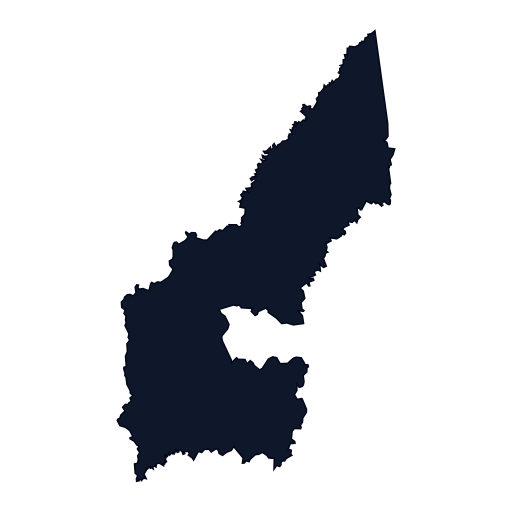 the district of Bu Gia Map, Bình Phước, Vietnam
{"feature_id": "81297802B78542366840504", "entity_name": "Bu Gia Map", "entity_type": "district", "adm_level": 2, "iso_a3": "VNM", "parent_name": "Vietnam", "parent_adm1": "Bình Phước", "projection": "natural_earth1", "projection_center": [106.995, 11.949], "detail": "fine", "context": "isolated", "style": "filled", "palette": "ink", "viewbox_px": 512, "rotation_deg": 0, "n_neighbors": 0, "source": "geoboundaries", "source_scale": "gbopen_adm2", "svg_char_len": 6089}
<svg xmlns="http://www.w3.org/2000/svg" viewBox="0 0 512 512"><path d="M304.5,363.3L301.3,357.8L296.2,357.2L293.3,358.2L287.6,363.4L280.0,363.6L276.7,357.7L272.7,356.8L268.3,359.1L262.2,368.5L259.6,369.9L254.2,365.5L253.2,363.1L250.3,360.6L247.0,363.7L245.0,359.5L238.1,359.3L236.6,357.7L231.5,362.7L231.2,359.8L222.6,341.5L221.8,338.1L221.9,335.9L227.7,328.8L229.0,324.5L225.0,316.2L221.0,313.4L219.2,309.3L233.5,305.0L236.8,305.8L239.3,305.0L241.4,307.8L252.2,308.4L251.2,311.4L255.1,315.5L257.3,314.4L258.3,311.5L266.5,307.8L266.4,308.8L268.2,310.2L268.2,312.3L276.5,318.2L281.7,323.6L286.8,322.9L293.3,324.9L303.6,323.5L302.4,315.7L298.2,310.7L303.4,311.3L304.0,310.5L302.0,309.2L301.1,302.5L304.8,298.5L303.2,291.0L301.0,289.1L300.6,287.5L306.6,282.8L308.8,286.0L309.8,285.9L308.8,282.2L313.8,280.3L313.1,278.3L309.8,278.9L309.0,277.8L315.4,275.0L314.2,272.1L315.2,270.9L318.0,269.9L320.4,271.1L319.6,264.4L323.6,267.4L326.3,266.2L323.3,258.3L324.9,256.2L325.5,253.1L327.8,252.1L326.1,250.9L327.0,247.5L326.0,243.7L331.1,240.9L329.8,237.8L336.8,238.8L341.1,236.0L342.0,234.1L344.5,234.7L345.5,233.1L345.2,231.2L342.5,229.6L344.0,227.4L349.1,225.0L348.1,222.5L348.7,221.6L352.1,222.4L354.6,220.2L356.8,222.8L357.8,219.5L360.3,217.2L357.9,214.9L357.2,208.6L359.1,207.8L360.4,209.9L361.7,209.6L366.2,201.0L371.3,203.7L373.5,201.6L375.9,203.7L378.0,202.8L381.5,206.1L382.8,205.1L381.2,204.2L384.0,201.3L387.2,203.9L389.2,204.7L390.2,203.8L390.4,200.1L389.4,198.8L391.0,194.6L389.4,188.5L389.6,184.8L390.6,183.4L388.4,167.3L389.2,167.5L389.5,165.7L391.3,164.8L390.0,159.4L392.9,155.0L394.7,148.9L387.9,148.0L387.2,143.2L386.2,141.8L384.5,141.7L384.2,140.1L385.3,140.1L388.0,136.3L387.7,123.3L374.9,30.7L371.4,33.6L367.9,34.4L368.3,36.7L365.2,37.8L364.3,41.5L361.7,41.3L360.9,42.7L359.6,42.9L358.9,45.0L355.0,46.9L349.7,46.3L348.5,48.4L347.3,48.3L347.0,54.6L344.5,54.7L345.4,58.4L345.0,59.4L343.2,59.8L343.3,64.7L340.3,65.5L341.6,66.4L341.6,67.5L339.7,68.4L340.0,70.3L338.4,72.8L340.6,73.8L339.2,77.7L337.6,79.2L336.4,79.1L333.8,82.2L332.2,80.5L330.9,83.4L329.4,82.8L329.2,85.0L327.8,84.9L326.3,86.9L324.2,85.0L323.8,88.1L320.7,92.1L318.7,92.8L318.9,96.0L316.4,98.7L317.3,101.8L313.0,109.2L309.9,108.5L310.7,106.5L310.1,105.8L306.9,106.8L304.2,104.5L302.9,104.8L303.4,106.9L301.9,108.7L302.7,110.0L300.6,111.3L306.5,116.7L305.3,118.9L305.7,120.9L303.3,120.0L300.3,122.9L298.8,121.7L296.8,124.2L296.4,122.1L294.9,121.8L294.4,124.1L292.9,124.7L294.5,126.4L292.5,127.8L292.3,130.4L290.4,129.8L292.5,133.8L289.3,134.0L288.3,136.8L289.1,139.2L287.3,139.5L286.7,140.7L282.4,141.2L280.5,143.7L277.9,144.8L276.6,147.9L274.1,143.5L272.6,145.5L273.3,147.9L271.5,149.7L270.8,149.6L270.4,147.2L266.4,151.2L263.5,151.3L265.0,153.4L268.5,153.1L268.3,155.8L264.7,156.4L262.3,155.3L262.8,157.9L265.7,158.9L265.9,160.1L263.9,160.5L261.0,159.5L262.5,161.5L262.1,163.6L261.0,164.3L259.1,163.3L257.6,164.4L258.4,168.7L255.6,169.8L257.1,173.5L254.8,173.9L256.0,176.2L252.2,177.0L250.3,178.7L251.6,180.6L254.2,178.5L255.7,180.5L251.4,183.8L251.6,187.7L245.9,188.4L248.1,192.3L243.3,191.2L242.7,193.2L240.8,194.8L241.6,196.5L243.0,196.8L240.9,200.5L238.7,201.4L240.9,202.6L239.8,207.1L245.3,208.2L244.9,214.5L241.6,217.7L241.7,221.5L242.9,221.9L240.9,223.1L242.5,225.1L238.9,227.1L236.5,224.8L229.0,224.7L229.3,226.5L227.2,226.1L222.8,230.7L219.4,229.8L217.1,231.7L215.5,231.2L207.3,240.0L203.5,240.1L195.6,237.7L196.6,235.2L195.3,232.8L191.4,232.6L189.4,234.2L186.0,231.8L185.6,232.9L188.1,237.2L185.2,240.6L179.4,243.9L178.2,244.0L176.6,242.1L174.4,242.4L173.6,243.7L172.3,247.8L173.2,249.8L173.3,256.7L172.3,259.3L169.4,260.9L169.7,265.2L172.6,268.6L172.8,270.2L168.5,277.2L160.8,282.4L157.5,281.9L154.1,283.8L151.8,282.4L150.7,283.6L149.3,289.7L148.1,290.5L143.0,288.5L139.0,289.2L137.9,287.3L138.5,285.1L136.7,284.8L135.2,287.1L136.0,292.7L134.3,294.8L132.8,295.8L130.0,294.4L127.3,294.8L124.7,297.0L123.8,299.7L121.4,302.0L121.7,307.4L125.1,310.0L124.0,313.4L126.0,316.1L125.5,319.9L126.2,322.7L125.0,325.5L129.0,333.8L128.2,337.4L129.7,340.1L126.9,343.9L127.4,351.6L125.5,356.1L126.2,365.6L126.0,366.7L123.9,367.3L123.7,368.7L125.1,373.4L124.8,375.3L126.1,377.6L126.9,384.4L130.2,390.6L130.3,393.1L132.9,395.5L130.0,398.1L131.4,401.3L129.0,402.7L128.0,404.5L125.3,404.4L122.6,407.2L125.0,410.9L120.9,415.0L119.8,418.2L117.7,419.3L117.3,420.6L119.9,425.6L125.4,427.3L129.7,430.5L132.5,435.8L132.2,437.1L130.1,437.7L130.0,438.7L134.2,441.3L137.0,445.2L139.2,445.9L137.4,449.0L139.7,452.6L137.7,455.8L138.3,459.3L137.6,463.1L134.5,463.9L135.2,473.3L137.8,475.4L136.4,478.7L136.6,481.3L139.2,480.7L138.9,479.3L140.9,479.4L141.4,480.6L143.7,478.1L146.2,478.7L144.0,474.2L146.5,469.8L146.4,467.6L147.3,469.1L149.8,466.4L150.4,468.9L150.7,466.9L153.2,468.9L152.8,466.7L153.9,466.0L156.0,467.0L156.5,463.8L159.2,463.1L163.6,465.7L163.5,463.2L165.1,464.3L164.5,463.1L166.5,461.7L166.0,460.5L164.9,460.6L166.1,457.2L164.5,456.8L164.7,454.7L165.4,454.6L165.6,456.2L166.0,455.2L167.2,456.4L168.9,452.8L169.4,455.2L171.9,452.9L172.9,453.9L173.3,452.5L174.3,453.7L176.1,449.8L177.2,452.4L178.9,451.7L178.7,450.2L180.7,449.7L181.2,451.0L183.1,451.6L182.3,452.3L183.0,454.3L184.8,453.6L183.9,451.6L188.2,451.4L189.3,453.7L188.3,455.1L192.3,458.0L193.6,460.1L197.8,452.4L198.9,451.6L201.7,452.5L204.5,449.4L209.0,449.3L211.3,452.0L216.3,448.6L218.4,450.5L219.2,453.6L222.6,455.4L226.6,452.2L231.2,450.5L233.7,446.6L243.1,458.0L242.4,463.2L244.4,463.0L246.2,460.7L249.0,461.7L250.2,459.3L255.4,454.6L258.8,454.3L262.4,452.4L266.8,455.3L268.8,458.0L274.3,458.4L274.0,469.2L276.6,465.5L279.7,466.5L280.9,465.1L281.1,462.2L282.7,460.8L284.7,460.9L286.0,458.6L291.8,455.3L290.8,454.5L291.3,450.3L288.2,449.0L290.3,443.6L295.0,443.3L294.7,441.4L291.4,439.1L292.1,431.3L294.4,428.5L300.7,428.7L301.1,427.0L300.3,425.4L302.5,422.2L302.7,418.1L306.4,412.4L306.5,409.2L302.3,399.2L301.8,398.5L297.2,399.4L294.4,394.6L296.9,390.4L296.8,384.2L299.3,387.4L302.3,386.4L303.3,385.0L304.0,381.8L303.2,375.3L306.8,372.0L306.9,368.0L308.4,366.7L307.9,364.8L304.2,364.6L304.5,363.3Z" fill="#0f172a" stroke="#020617" stroke-width="1.5"/></svg>